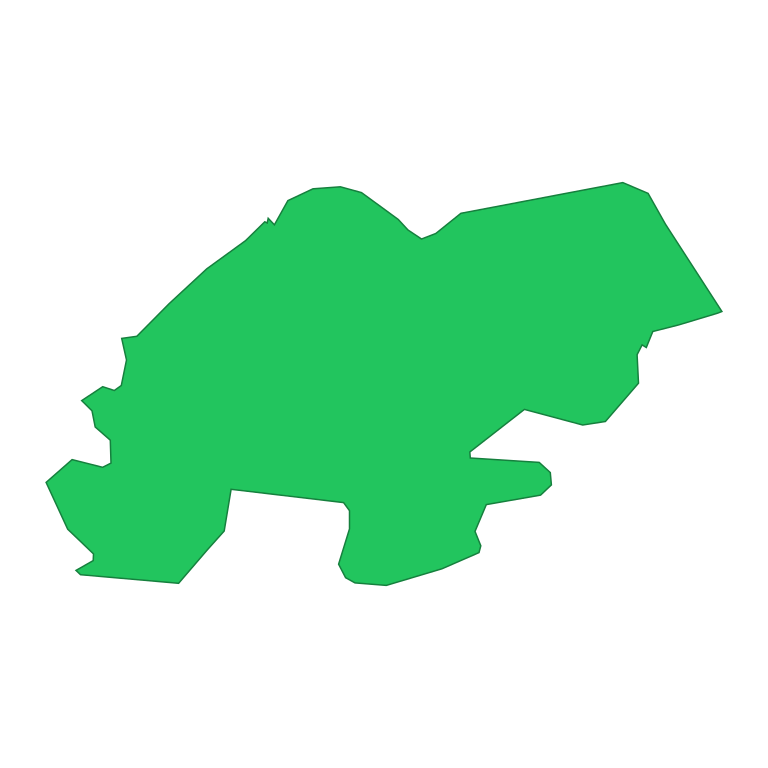 the Unitary Authority of North Lincolnshire
{"feature_id": "GBR-2057", "entity_name": "North Lincolnshire", "entity_type": "Unitary Authority", "adm_level": 1, "iso_a3": "GBR", "parent_name": "United Kingdom", "parent_adm1": "", "projection": "albers", "projection_center": [-0.607, 53.583], "detail": "fine", "context": "isolated", "style": "filled", "palette": "green", "viewbox_px": 768, "rotation_deg": 0, "n_neighbors": 0, "source": "natural_earth", "source_scale": "10m", "svg_char_len": 998}
<svg xmlns="http://www.w3.org/2000/svg" viewBox="0 0 768 768"><path d="M268.2,218.3L274.4,224.8L287.9,200.6L313.0,188.8L340.4,186.8L361.5,192.6L398.3,219.5L408.0,230.0L421.5,239.0L435.8,233.5L460.9,213.3L622.8,182.6L648.1,193.4L665.4,224.1L721.9,311.5L717.8,313.1L678.7,324.9L652.8,331.5L646.3,347.5L642.1,344.9L637.1,354.7L638.5,383.2L605.4,421.5L582.7,425.0L524.4,409.4L469.8,452.0L470.3,458.0L539.2,462.4L550.3,472.6L551.4,484.9L540.6,495.1L486.3,504.6L475.0,531.4L480.8,545.8L479.0,552.6L441.9,568.8L386.3,585.4L355.0,582.9L345.6,577.7L338.6,564.2L349.5,528.9L349.5,510.7L343.6,502.6L231.1,489.3L224.2,531.0L207.2,550.0L178.6,583.3L80.5,574.7L76.0,570.4L93.2,560.6L93.5,553.9L67.7,529.2L46.1,482.4L72.1,459.6L102.6,467.3L111.0,463.1L110.3,440.2L95.2,427.0L92.0,410.8L81.7,400.6L102.7,386.7L114.3,390.5L121.3,385.5L126.5,360.0L121.7,338.4L136.8,336.3L169.2,303.6L206.8,268.8L245.6,240.6L264.8,221.8L267.2,223.0L268.2,218.3L268.2,218.3Z" fill="#22c55e" stroke="#15803d" stroke-width="1.5"/></svg>